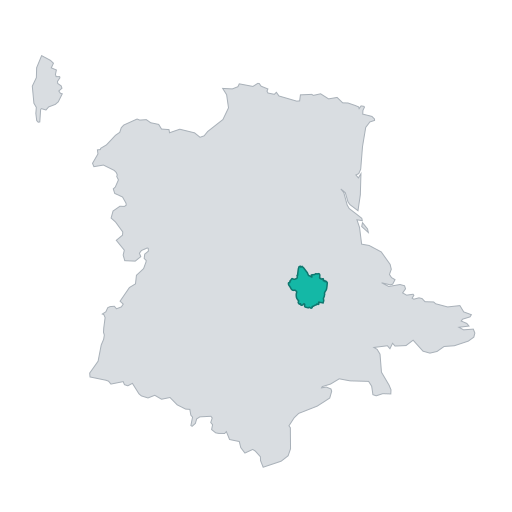 Indre-et-Loire on a map of France (Mercator projection), rotated 177°
{"feature_id": "FRA-5310", "entity_name": "Indre-et-Loire", "entity_type": "Metropolitan department", "adm_level": 1, "iso_a3": "FRA", "parent_name": "France", "parent_adm1": "", "projection": "mercator", "projection_center": [0.644, 47.225], "detail": "fine", "context": "in_parent", "style": "filled", "palette": "teal", "viewbox_px": 512, "rotation_deg": 177, "n_neighbors": 0, "source": "natural_earth", "source_scale": "10m", "svg_char_len": 6155}
<svg xmlns="http://www.w3.org/2000/svg" viewBox="0 0 512 512"><g transform="rotate(177 256 256)"><path d="M412.5,206.1L408.9,208.1L406.7,212.2L404.3,213.1L400.1,213.2L398.1,210.6L393.1,212.2L391.1,214.9L394.1,218.0L384.1,231.1L377.8,234.5L376.4,243.0L368.9,249.3L366.1,255.9L365.9,257.3L367.8,259.4L367.0,263.7L363.2,266.5L363.2,269.3L364.3,269.7L370.1,267.5L372.3,264.9L371.1,261.4L376.9,257.2L387.3,258.2L388.6,263.9L387.2,268.7L394.7,279.0L388.2,283.8L387.8,287.0L394.5,297.3L398.7,301.5L396.4,308.4L389.3,312.8L384.8,312.4L382.9,313.6L383.1,315.7L386.2,321.9L393.8,325.9L395.0,330.5L392.9,332.2L389.4,339.2L390.9,342.7L390.3,344.2L391.1,346.6L393.1,348.9L403.6,354.8L413.2,353.7L414.4,357.1L408.5,366.2L408.8,370.3L405.9,370.4L405.4,371.7L399.5,374.8L390.0,383.9L385.6,386.6L383.8,391.2L381.2,393.7L367.6,399.0L365.0,397.8L358.4,397.9L354.2,394.6L346.3,392.5L343.7,387.7L336.3,386.8L335.9,383.6L325.5,386.6L310.9,382.2L305.7,377.5L301.5,378.7L297.7,382.9L281.9,394.0L275.7,405.4L276.9,418.6L280.5,425.1L270.9,424.1L265.2,426.0L263.7,428.8L250.2,425.5L245.2,428.3L243.8,428.1L242.0,425.3L235.4,422.2L236.4,420.0L235.5,418.1L229.2,416.5L227.1,418.4L224.7,414.6L207.2,408.5L204.3,408.6L203.2,414.6L191.9,414.5L190.3,413.4L183.0,414.6L175.3,409.1L166.7,410.1L161.4,404.4L156.2,404.0L149.0,401.1L145.7,399.5L145.3,397.8L143.2,400.4L140.4,399.8L139.9,399.0L141.6,395.8L142.0,392.1L132.9,389.3L130.5,386.6L130.5,385.2L135.3,383.9L139.7,378.7L143.9,359.8L146.9,337.2L149.1,332.9L152.0,331.7L149.7,328.6L146.9,332.7L148.6,311.7L151.8,295.9L159.5,302.4L161.3,305.2L163.5,314.6L167.8,318.5L165.0,314.7L162.3,302.2L160.5,298.6L148.4,288.1L148.0,285.7L153.3,286.9L151.1,279.0L149.9,262.3L142.5,260.6L130.7,253.5L122.5,240.6L121.6,235.7L123.7,230.6L121.8,227.3L118.4,225.1L121.0,220.7L123.5,220.2L132.0,222.7L125.0,218.6L113.7,220.0L109.2,218.5L108.4,215.4L111.5,211.5L107.7,209.0L101.2,209.6L100.4,208.5L102.3,205.7L100.7,204.6L95.4,205.7L92.4,204.8L89.6,201.5L81.0,200.8L79.1,198.9L67.3,195.1L55.0,195.8L51.5,189.3L44.0,186.1L45.5,184.0L53.0,182.1L54.5,180.3L49.0,177.6L47.0,174.9L57.1,174.2L52.6,171.4L42.8,171.6L41.5,167.6L42.7,163.6L48.4,159.9L62.6,156.0L72.9,155.8L80.2,151.2L87.4,149.9L94.2,152.2L103.5,163.7L110.9,158.7L121.9,158.8L124.2,161.7L127.1,156.4L129.5,159.5L143.0,158.5L139.9,156.4L137.3,151.5L136.8,133.4L129.9,120.1L128.2,115.3L128.6,111.2L136.6,111.9L143.3,110.1L146.5,111.4L147.3,119.9L150.1,124.9L168.6,126.4L179.3,129.0L188.3,124.2L196.7,122.1L197.4,120.9L192.6,121.4L188.1,119.3L187.5,117.0L189.8,110.3L202.7,102.9L221.6,96.6L226.4,92.4L232.0,84.7L230.7,82.7L231.6,61.7L234.4,54.8L241.6,49.8L259.9,44.7L262.2,51.5L262.1,55.3L266.9,61.2L269.4,63.0L277.4,59.8L281.2,65.4L282.4,71.6L292.0,74.1L294.8,82.2L296.6,80.4L302.6,80.8L305.5,81.5L309.4,85.0L308.2,89.8L309.9,92.1L308.2,96.5L309.4,98.3L320.5,98.3L323.8,96.4L325.3,92.0L328.7,89.3L329.9,90.1L327.8,98.4L329.4,100.5L330.1,106.3L334.3,106.8L342.5,111.5L349.3,119.2L357.8,117.9L364.4,122.2L371.3,119.9L377.8,122.3L380.1,124.5L386.1,135.3L390.8,133.1L394.1,134.4L395.2,137.5L407.6,135.7L409.8,138.7L412.4,139.8L428.1,143.9L428.2,147.8L419.2,159.2L415.2,175.3L412.5,180.8L411.6,185.0L412.3,187.8L411.8,192.1L409.9,202.4L411.0,205.4L412.5,206.1ZM468.4,409.9L467.6,415.9L469.8,420.2L470.5,437.3L466.0,445.6L465.2,455.5L459.6,467.3L450.9,462.0L448.2,459.1L450.6,454.6L445.6,452.2L446.8,447.8L446.2,445.6L442.7,445.4L442.5,444.2L445.1,440.8L445.0,438.7L441.7,436.1L441.0,433.7L444.3,431.1L442.8,428.7L441.0,428.1L445.4,420.3L448.5,417.9L455.3,415.7L458.1,412.8L462.6,414.4L463.4,413.6L464.9,401.2L466.5,401.0L467.9,402.7L468.4,409.9ZM148.9,279.9L147.9,283.7L143.2,277.2L142.6,273.6L148.9,279.9Z" fill="#d9dde1" stroke="#a8b0b8" stroke-width="1"/><path d="M224.0,224.1L224.5,224.7L224.9,225.6L225.1,226.5L224.9,227.5L224.7,227.6L224.0,227.6L223.7,227.7L223.5,228.8L223.4,229.1L223.2,229.0L222.3,230.4L221.3,231.5L220.9,231.5L219.5,230.8L218.8,230.7L217.2,231.2L216.4,231.6L215.9,232.4L215.8,232.9L216.0,234.0L216.0,234.5L215.3,234.8L215.3,235.2L215.3,236.0L214.4,240.9L213.6,243.0L212.4,243.5L211.7,242.5L210.6,243.2L210.4,242.9L209.2,241.9L205.6,236.6L205.0,234.8L204.7,234.1L204.4,233.7L204.0,233.5L203.4,233.3L201.8,232.2L201.4,232.1L201.3,232.4L201.3,232.5L201.3,232.8L201.4,233.0L201.5,233.2L201.6,233.4L201.7,233.5L201.7,233.8L201.7,234.1L201.4,234.2L201.1,234.3L198.7,234.4L198.2,234.6L197.9,234.7L197.8,234.9L197.5,235.1L197.2,235.2L195.9,234.9L194.6,235.1L194.0,235.0L193.7,234.7L193.5,234.4L193.4,234.1L193.3,233.8L193.3,233.1L193.4,232.3L193.6,231.4L193.6,230.8L193.5,230.6L193.4,230.4L193.2,230.3L192.5,230.3L192.4,230.1L192.2,229.6L191.7,229.5L191.0,229.7L190.6,229.8L190.2,229.8L190.0,229.6L190.0,229.4L190.0,229.1L190.1,228.8L190.1,228.4L190.1,228.1L190.0,227.8L189.7,227.7L189.0,227.9L188.6,227.9L188.4,227.7L188.4,227.2L188.4,226.9L188.3,226.7L188.1,226.7L187.6,227.0L187.2,227.0L187.0,226.9L186.8,226.6L186.7,226.3L186.5,226.1L186.2,225.5L186.7,222.1L187.2,219.6L187.4,219.1L187.5,218.7L187.9,218.1L188.7,217.0L189.5,215.6L189.6,215.2L189.4,214.4L189.5,214.0L189.8,212.9L189.9,212.2L190.9,210.1L190.9,209.7L190.9,209.4L190.7,208.6L190.7,208.0L190.8,207.5L191.5,205.6L192.8,206.0L193.6,206.1L195.4,206.6L195.8,206.6L195.9,206.4L195.8,206.1L195.8,205.5L195.7,205.3L195.7,205.0L195.8,204.7L196.2,204.4L196.5,204.4L197.2,204.8L197.5,204.9L197.8,204.8L197.8,204.5L198.1,204.2L198.6,204.0L199.8,203.7L201.4,202.8L201.7,202.8L202.2,202.7L202.5,202.6L202.6,202.4L202.6,202.1L202.5,201.8L202.8,201.4L203.2,201.1L203.6,201.0L204.0,201.1L205.4,202.0L205.7,202.0L206.2,201.6L206.5,201.5L209.4,202.4L209.7,202.6L210.0,203.0L210.1,203.6L209.9,204.6L209.9,205.1L210.1,205.5L210.4,205.7L210.8,205.7L211.1,205.6L211.7,204.8L212.1,204.6L213.1,204.4L213.5,204.5L213.8,204.8L213.9,205.0L214.0,205.7L214.1,206.0L214.3,206.0L214.5,205.9L214.8,205.7L215.1,205.6L215.3,205.7L216.1,206.8L216.2,207.2L216.3,207.6L216.2,207.9L215.9,208.4L215.8,208.7L215.8,209.1L215.9,209.4L216.4,209.7L217.4,211.4L217.8,212.7L217.9,214.3L217.8,215.9L217.2,217.9L217.4,218.4L217.7,218.9L218.8,219.8L219.1,219.9L220.1,219.7L221.4,220.0L222.4,220.9L224.0,224.1Z" fill="#14b8a6" stroke="#0f766e" stroke-width="1.5"/></g></svg>